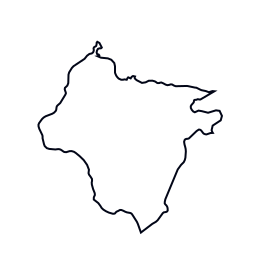 SVG path tracing the border of Skåne, rotated 126°
{"feature_id": "SWE-3429", "entity_name": "Skåne", "entity_type": "County", "adm_level": 1, "iso_a3": "SWE", "parent_name": "Sweden", "parent_adm1": "", "projection": "mercator", "projection_center": [13.454, 55.942], "detail": "fine", "context": "isolated", "style": "outline", "palette": "ink", "viewbox_px": 256, "rotation_deg": 126, "n_neighbors": 0, "source": "natural_earth", "source_scale": "10m", "svg_char_len": 2892}
<svg xmlns="http://www.w3.org/2000/svg" viewBox="0 0 256 256"><g transform="rotate(126 128 128)"><path d="M206.0,113.6L204.5,114.7L203.8,115.0L201.7,115.4L200.3,116.6L197.8,120.5L195.0,124.0L193.3,125.4L191.9,126.0L190.4,127.2L189.4,129.7L188.6,132.2L187.7,133.4L184.7,135.1L181.9,139.4L180.0,144.9L179.2,150.5L178.9,155.6L179.0,157.7L179.8,160.0L181.0,161.6L183.9,163.8L184.9,165.5L185.0,166.9L185.0,168.4L185.1,169.9L185.7,171.5L186.5,172.5L188.1,174.2L191.2,179.4L192.0,181.8L191.6,184.7L190.5,186.4L186.5,191.1L185.1,192.1L184.2,193.0L180.8,199.3L179.3,201.3L177.9,202.4L176.2,202.8L171.3,202.8L169.1,202.4L166.9,201.5L160.9,197.6L159.0,196.8L156.5,196.5L155.4,196.8L153.4,197.9L152.4,198.3L151.3,198.3L147.7,197.5L137.7,198.3L136.3,198.7L135.5,199.7L134.7,200.9L133.8,202.0L132.6,202.6L129.4,202.0L126.8,202.7L119.8,207.5L117.6,208.3L112.4,208.7L110.0,208.4L97.6,203.8L93.5,203.6L92.0,203.1L91.2,202.9L90.7,202.7L89.5,201.6L88.9,201.1L87.3,200.7L85.7,201.1L84.9,201.6L83.8,202.7L82.9,202.9L82.1,202.8L81.1,202.2L80.3,202.0L78.8,202.6L77.4,203.5L76.3,203.5L76.0,201.1L78.3,196.5L78.8,196.5L79.2,196.6L79.7,197.0L80.3,197.9L81.7,198.8L83.6,198.6L85.3,197.8L86.3,196.5L85.8,194.8L86.1,193.9L86.8,193.9L87.8,194.8L87.0,191.2L83.5,185.2L82.6,181.6L83.5,177.3L85.7,174.8L90.9,171.0L91.7,169.8L92.6,168.2L93.2,166.4L93.5,164.6L93.0,162.0L91.9,160.4L90.8,159.5L89.7,157.4L88.3,157.7L86.9,157.6L86.3,155.0L84.4,155.1L83.0,154.5L82.2,152.6L83.1,152.4L83.7,151.9L84.1,150.8L84.2,149.0L83.3,143.2L80.7,140.6L77.6,139.0L75.4,136.1L74.6,134.0L74.4,133.0L74.4,131.0L74.2,130.4L73.7,129.7L73.1,129.0L72.6,128.8L71.6,127.8L71.1,125.6L70.8,123.1L70.2,121.3L68.9,120.0L67.7,119.2L66.9,118.0L66.6,115.4L66.1,113.9L59.4,105.1L58.9,104.2L56.0,97.7L55.2,96.3L54.5,92.1L54.2,90.8L52.4,86.8L51.5,83.6L48.5,81.4L47.5,79.7L62.2,86.1L62.7,86.5L63.7,88.5L64.3,88.9L64.9,89.2L66.0,90.5L66.6,90.8L67.3,90.6L68.3,90.0L68.9,89.9L72.1,90.2L73.5,90.0L74.9,88.9L75.8,87.1L76.3,84.9L76.0,83.2L72.5,81.2L71.0,78.2L68.6,72.2L62.0,67.2L60.3,64.0L63.0,59.1L67.3,57.5L76.3,60.9L80.6,59.1L81.7,57.5L82.1,56.5L83.6,58.3L87.0,60.7L87.4,61.3L87.7,62.0L88.0,63.0L88.0,63.9L87.8,64.7L87.4,66.0L87.0,67.3L87.0,68.4L87.3,69.2L87.7,69.8L90.1,70.7L100.6,72.6L101.6,73.3L102.4,74.3L103.4,75.0L104.5,75.1L106.2,74.5L108.2,72.5L109.6,70.7L111.1,69.0L113.0,67.4L118.3,64.1L120.6,63.2L122.9,62.8L126.7,63.4L132.3,63.4L163.7,55.9L166.0,54.9L167.4,54.0L167.8,53.1L168.1,51.4L168.4,50.6L169.0,49.5L170.1,48.4L171.4,47.4L172.5,47.3L173.5,47.8L175.3,49.5L176.5,49.8L185.2,49.8L187.5,50.3L191.3,52.0L205.0,56.1L199.9,63.5L198.7,65.6L195.4,74.0L195.2,75.1L195.4,76.2L196.9,79.3L197.4,81.1L197.7,83.1L198.2,85.1L199.0,86.3L201.1,87.3L201.9,87.8L202.5,88.1L203.6,88.3L204.5,88.3L205.1,88.5L205.6,89.0L206.3,89.9L207.7,93.8L208.3,96.9L208.5,100.0L208.2,102.3L207.2,104.7L206.2,107.9L206.0,113.6Z" fill="none" stroke="#020617" stroke-width="2"/></g></svg>